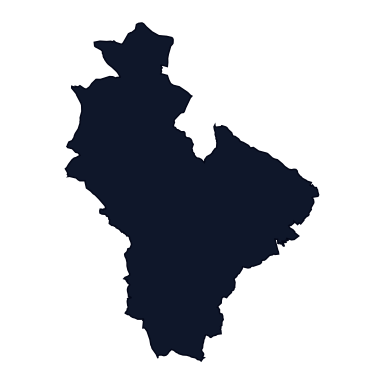 Balvanesti, Mehedinti, Romania (Albers equal-area conic projection)
{"feature_id": "2599482B93789531943364", "entity_name": "Balvanesti", "entity_type": "district", "adm_level": 2, "iso_a3": "ROU", "parent_name": "Romania", "parent_adm1": "Mehedinti", "projection": "albers", "projection_center": [22.672, 44.8], "detail": "fine", "context": "isolated", "style": "filled", "palette": "ink", "viewbox_px": 384, "rotation_deg": 0, "n_neighbors": 0, "source": "geoboundaries", "source_scale": "gbopen_adm2", "svg_char_len": 5978}
<svg xmlns="http://www.w3.org/2000/svg" viewBox="0 0 384 384"><path d="M275.0,254.4L278.6,254.0L278.3,251.7L277.7,250.3L274.9,239.3L274.2,239.0L277.5,239.3L277.9,241.9L277.9,243.3L278.5,243.5L278.8,242.9L279.9,242.7L280.2,243.8L281.5,243.6L283.3,245.9L283.9,246.1L284.2,245.9L283.3,243.6L283.3,242.6L286.0,242.3L285.9,241.4L282.8,242.2L283.2,241.4L281.9,241.4L281.9,241.1L285.8,241.0L288.1,240.2L288.0,239.0L287.5,238.7L286.6,238.9L286.8,238.4L291.6,239.8L294.2,239.4L298.7,236.0L294.6,232.6L294.7,231.8L292.8,229.7L289.9,228.1L288.7,225.9L289.4,225.1L290.8,225.5L293.9,222.9L294.0,221.3L297.6,224.5L299.2,222.7L300.7,223.9L303.7,220.4L303.3,220.0L306.0,216.9L308.4,215.5L308.9,214.7L308.8,213.0L311.3,209.5L310.9,207.9L313.6,203.1L313.8,202.1L313.4,199.6L312.1,197.8L313.3,197.0L317.9,196.3L318.6,194.9L317.6,191.3L317.5,190.0L316.8,188.9L316.4,187.6L314.4,187.5L312.4,185.0L311.3,186.0L310.1,185.1L311.3,182.5L307.3,181.3L306.2,180.4L302.4,178.4L300.8,176.6L300.1,176.3L297.7,173.3L297.1,170.8L295.9,169.5L294.0,169.3L291.5,169.8L288.8,169.3L284.7,166.5L282.3,163.9L277.4,159.8L274.6,159.1L272.4,158.1L267.9,153.9L266.9,153.3L258.6,151.1L253.4,147.5L250.6,148.0L250.1,147.7L248.5,145.5L243.3,142.5L240.3,141.4L238.5,138.9L235.1,136.5L233.1,136.1L232.4,135.0L231.6,132.7L228.4,129.8L226.9,127.7L225.8,127.0L222.0,125.8L221.7,125.8L221.8,126.6L215.9,127.2L215.1,126.5L214.9,125.0L214.0,126.8L214.5,129.6L215.4,132.4L215.2,134.5L216.2,137.8L216.0,138.9L216.9,139.9L216.6,141.0L217.0,142.7L216.6,147.9L215.0,148.8L212.7,152.0L212.7,152.9L212.0,153.1L210.7,154.6L207.0,156.6L204.8,159.6L204.8,161.4L204.2,162.6L201.3,159.5L199.0,158.3L196.9,158.0L196.1,157.4L194.2,155.0L194.1,153.6L192.4,151.7L192.4,150.4L191.8,148.3L193.2,144.3L192.1,142.7L191.6,140.6L190.9,139.3L189.1,138.0L187.0,137.8L185.5,136.9L185.0,135.5L184.9,133.0L184.3,132.0L183.5,131.7L181.2,131.8L178.2,129.9L176.5,129.5L175.4,127.6L173.6,126.8L173.3,126.3L173.7,124.1L174.4,122.6L174.3,121.8L173.8,121.3L174.4,119.6L180.0,113.6L181.3,112.7L183.5,112.4L184.2,111.5L185.6,107.7L190.3,97.8L191.8,96.1L190.6,95.5L187.6,92.5L179.2,86.8L173.4,85.4L171.0,83.9L170.3,83.1L168.7,79.8L167.3,75.5L160.7,73.7L161.5,71.3L161.0,68.8L162.1,67.9L162.0,67.6L161.2,66.9L161.3,66.2L160.8,65.6L161.0,65.2L162.7,65.2L167.3,66.5L167.7,62.5L167.6,58.3L168.3,54.2L170.6,46.1L172.3,44.2L172.9,43.3L173.0,42.3L173.1,39.7L172.6,38.3L171.8,37.6L166.6,36.4L158.8,35.7L152.0,31.9L146.3,26.9L143.7,23.9L142.1,23.0L141.5,23.0L138.6,23.4L136.5,24.5L135.5,29.5L131.8,32.5L130.6,32.7L128.5,33.8L123.8,42.0L122.6,43.8L122.0,44.1L120.9,44.2L115.6,42.5L114.3,41.2L113.7,41.0L112.6,41.9L110.8,41.3L106.7,41.6L99.9,41.2L94.3,42.3L94.7,46.0L95.5,46.8L100.8,49.6L102.1,50.8L102.5,51.5L102.5,53.3L103.2,54.6L103.4,56.6L104.0,58.0L104.8,58.6L104.8,59.5L106.9,62.5L108.4,64.2L112.1,67.1L116.9,71.6L118.2,73.4L120.3,76.9L120.2,77.2L116.8,77.5L115.8,78.1L112.8,76.8L109.6,76.6L100.5,79.5L96.1,79.4L91.9,83.5L89.7,86.8L86.7,89.0L85.9,89.2L84.0,88.5L79.9,85.7L78.1,87.0L75.1,86.3L74.8,87.3L71.8,86.3L71.7,88.0L76.5,93.9L76.6,94.7L81.1,103.3L81.7,105.2L81.9,111.4L80.2,117.7L80.4,120.3L80.1,121.2L80.1,123.2L78.3,128.9L75.3,133.6L74.4,135.9L74.1,137.4L72.1,140.7L68.9,142.0L67.5,145.1L67.6,145.6L66.9,146.4L67.7,147.5L72.3,148.6L75.6,152.2L78.4,152.9L80.0,155.4L76.1,157.6L74.2,158.1L72.2,159.7L68.7,164.3L66.8,167.6L65.4,168.8L67.4,172.1L67.9,174.4L67.5,174.5L68.4,176.2L68.1,176.5L69.5,176.3L76.2,177.9L78.1,179.7L79.8,180.7L84.9,180.7L86.5,188.0L90.6,190.9L93.3,193.7L95.2,194.9L99.1,198.9L105.2,206.0L105.7,208.7L103.6,209.1L103.1,209.9L102.0,209.3L100.2,209.2L99.8,210.9L100.0,213.0L101.9,214.0L105.3,214.3L105.7,214.5L106.6,216.1L108.2,216.5L108.8,217.6L108.9,219.2L109.7,219.9L109.3,223.5L111.9,225.4L113.4,225.4L114.4,226.2L115.5,226.2L116.1,227.6L119.4,229.3L121.7,232.1L123.3,232.1L123.8,233.1L124.6,233.4L126.5,235.0L126.7,235.8L128.5,236.0L129.4,237.0L129.7,238.9L131.0,242.0L131.5,244.0L131.4,245.0L130.1,248.2L127.9,248.8L127.4,250.9L126.7,252.1L124.9,253.7L124.7,254.5L125.1,256.4L126.3,258.8L127.1,262.3L127.1,266.0L128.0,270.0L129.7,273.7L129.7,275.0L127.8,276.4L125.1,277.4L123.9,278.7L125.4,279.2L126.1,279.9L127.6,280.2L127.5,280.9L126.5,280.9L126.6,281.1L128.3,283.5L129.2,283.9L129.7,284.6L129.7,285.0L128.1,287.0L127.5,289.2L127.6,291.1L128.4,294.5L128.5,296.3L130.9,297.4L130.8,297.8L128.6,298.0L127.6,298.7L127.8,299.5L127.4,300.5L127.3,301.7L127.8,305.6L128.2,306.3L128.1,307.7L127.8,308.7L127.2,309.1L127.5,309.6L126.9,310.9L125.5,312.5L125.3,313.2L127.7,314.5L129.4,314.7L131.0,316.3L132.8,317.3L135.1,317.9L137.6,319.1L143.4,319.1L143.5,319.7L142.9,320.4L143.6,321.0L142.9,327.9L144.2,327.8L145.1,328.3L147.2,331.3L150.0,339.5L150.9,344.9L151.5,346.0L152.2,348.4L156.3,354.2L158.0,358.2L157.8,357.2L158.1,355.6L159.3,355.0L161.7,355.0L163.9,355.6L165.9,355.2L167.5,353.9L169.1,351.6L171.4,349.4L173.8,350.2L176.5,352.4L177.7,352.5L178.2,353.3L179.3,353.8L183.0,354.9L186.7,355.1L190.1,356.1L191.3,356.9L195.5,357.8L197.6,359.5L199.9,359.9L201.1,361.0L203.0,358.3L204.2,357.7L202.3,356.8L203.5,355.0L203.6,354.1L203.3,353.2L201.8,351.4L201.4,349.7L202.5,347.8L202.8,344.3L203.5,342.0L203.8,339.6L204.5,338.3L205.2,335.7L205.8,335.0L206.8,334.9L209.4,336.2L210.1,337.2L210.9,337.4L213.3,335.7L215.8,335.2L217.3,334.2L221.1,333.7L220.8,330.4L220.4,329.6L220.9,327.8L220.5,326.6L221.8,325.4L221.9,321.6L223.2,319.6L222.7,317.4L222.7,316.0L222.0,314.1L219.9,313.5L219.4,311.9L219.5,309.7L218.2,307.7L217.4,307.3L218.3,305.7L221.2,303.0L221.3,300.3L221.9,297.8L223.8,296.6L226.6,297.6L228.3,295.4L231.4,292.5L231.1,291.4L233.5,290.0L234.0,289.0L234.1,288.0L234.8,287.1L234.6,286.6L235.0,282.3L234.0,279.1L234.4,278.3L236.5,276.6L237.6,274.4L239.3,273.3L242.0,268.9L242.7,266.7L248.0,267.9L250.2,267.5L250.7,266.7L252.2,266.0L253.3,266.1L259.3,264.1L260.5,263.5L261.4,262.4L261.3,261.7L261.8,260.7L262.7,260.1L264.3,260.1L265.6,259.3L269.6,255.3L272.4,254.8L273.9,253.8L275.0,254.4Z" fill="#0f172a" stroke="#020617" stroke-width="1.5"/></svg>